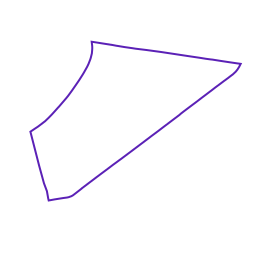 outline of Khlong Toei, Bangkok Metropolis, Thailand, rotated 104°
{"feature_id": "78962969B43095754832061", "entity_name": "Khlong Toei", "entity_type": "district", "adm_level": 2, "iso_a3": "THA", "parent_name": "Thailand", "parent_adm1": "Bangkok Metropolis", "projection": "robinson", "projection_center": [100.573, 13.719], "detail": "fine", "context": "isolated", "style": "outline", "palette": "violet", "viewbox_px": 256, "rotation_deg": 104, "n_neighbors": 0, "source": "geoboundaries", "source_scale": "gbopen_adm2", "svg_char_len": 1659}
<svg xmlns="http://www.w3.org/2000/svg" viewBox="0 0 256 256"><g transform="rotate(104 128 128)"><path d="M217.5,187.4L216.8,185.8L215.1,182.1L213.4,178.1L211.5,173.6L210.2,170.3L209.4,168.7L208.7,167.7L208.3,167.1L208.2,166.9L207.9,166.5L207.7,166.3L207.2,165.7L206.8,165.3L206.1,164.7L204.1,163.1L199.5,159.5L197.8,158.2L197.7,158.2L183.3,146.6L182.1,145.6L179.0,143.1L177.3,141.7L174.0,139.0L170.3,136.0L167.3,133.6L164.1,130.9L161.9,129.1L161.4,128.7L159.4,127.0L157.3,125.3L152.4,121.3L146.6,116.6L142.3,113.1L138.2,109.8L134.1,106.5L133.4,105.9L130.0,103.2L123.8,98.1L119.4,94.6L107.5,85.0L102.8,81.2L101.3,80.2L98.0,77.6L92.7,73.3L89.5,70.7L87.2,68.8L81.4,64.2L79.3,62.5L76.6,60.3L72.6,57.1L71.9,56.5L67.7,53.2L59.5,46.5L59.1,46.2L57.5,44.8L57.2,44.6L55.3,43.0L54.0,42.0L53.0,41.2L51.5,40.0L50.7,39.3L49.3,38.4L47.3,37.1L44.7,35.9L43.1,35.4L42.9,35.3L41.6,34.9L38.5,34.2L38.9,37.9L39.7,46.0L40.5,54.5L41.2,62.6L41.5,64.7L42.0,69.2L42.5,75.1L43.7,87.4L45.0,101.1L46.3,114.8L47.9,129.3L49.2,139.7L49.5,143.1L50.3,150.8L50.9,158.2L51.0,159.1L51.2,162.9L53.1,184.1L56.5,182.8L58.0,182.3L59.6,181.9L61.2,181.6L64.4,181.1L65.9,181.1L67.5,181.1L69.0,181.1L70.6,181.2L72.2,181.4L73.7,181.6L75.3,181.8L78.3,182.4L79.8,182.8L82.7,183.6L84.9,184.2L87.2,184.9L90.2,185.9L93.2,186.9L96.2,188.0L100.7,189.7L105.2,191.4L111.1,193.8L113.9,195.1L118.1,197.2L124.1,200.2L125.1,200.8L129.3,203.0L133.4,205.2L137.5,207.6L140.2,209.3L141.5,210.1L142.7,211.1L148.1,215.4L148.8,216.0L150.1,217.2L151.3,218.3L155.2,221.8L185.9,205.2L201.9,196.2L208.9,191.4L210.0,190.9L210.7,190.6L213.8,189.2L215.4,188.5L217.5,187.4Z" fill="none" stroke="#5b21b6" stroke-width="2"/></g></svg>